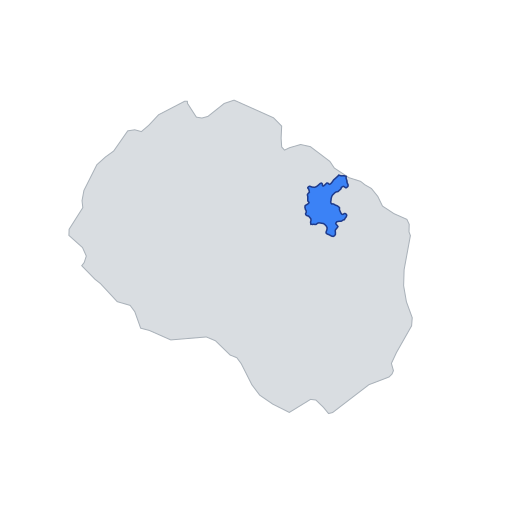 Kumanovo highlighted on a map of North Macedonia, rotated 49°
{"feature_id": "MKD-2943", "entity_name": "Kumanovo", "entity_type": "Statistical Region", "adm_level": 1, "iso_a3": "MKD", "parent_name": "North Macedonia", "parent_adm1": "", "projection": "equal_earth", "projection_center": [21.78, 42.101], "detail": "fine", "context": "in_parent", "style": "filled", "palette": "blue", "viewbox_px": 512, "rotation_deg": 49, "n_neighbors": 0, "source": "natural_earth", "source_scale": "10m", "svg_char_len": 3076}
<svg xmlns="http://www.w3.org/2000/svg" viewBox="0 0 512 512"><g transform="rotate(49 256 256)"><path d="M233.2,138.2L241.0,139.2L257.8,134.5L268.3,128.1L273.7,127.1L280.8,124.6L291.0,125.0L301.3,127.8L314.5,124.1L327.4,118.1L332.6,119.6L338.2,124.7L341.9,126.1L363.5,153.2L375.3,164.1L389.2,172.5L405.1,178.6L410.8,184.4L421.0,213.3L425.9,224.3L432.7,227.5L434.3,230.7L434.6,234.9L427.2,255.2L424.4,300.9L422.5,304.6L414.5,304.4L404.0,305.3L400.0,308.9L395.9,333.5L378.9,340.5L363.5,344.5L350.5,343.6L327.6,337.8L320.2,337.2L313.8,340.5L293.4,342.2L284.5,346.6L263.4,375.4L242.1,385.4L234.8,390.4L218.5,384.0L210.7,383.4L199.4,390.7L174.7,391.5L168.0,392.8L149.0,393.9L148.2,389.9L144.7,384.1L135.8,381.4L117.7,383.7L113.2,379.5L105.9,355.0L100.1,351.0L93.6,342.8L82.7,316.2L82.5,304.6L83.4,294.5L77.4,270.7L81.2,264.7L86.9,260.9L87.0,251.3L85.5,236.8L92.4,208.3L94.2,206.3L95.9,207.6L112.1,209.9L116.4,206.3L119.1,200.7L120.0,179.9L124.0,170.3L163.2,152.1L174.8,151.4L183.6,159.8L190.6,165.1L194.8,165.0L196.3,159.6L201.1,149.2L209.2,143.2L233.0,138.2L233.2,138.2Z" fill="#d9dde1" stroke="#a8b0b8" stroke-width="1"/><path d="M249.2,140.5L251.3,139.2L253.3,136.8L255.1,135.7L256.4,137.0L259.3,138.2L259.5,138.7L260.9,139.3L262.1,139.6L262.9,139.9L263.8,141.0L263.8,142.5L263.6,143.4L262.4,143.8L261.4,144.0L260.7,144.4L260.4,145.3L260.3,146.8L260.7,147.2L261.1,148.1L261.1,149.9L261.2,151.7L260.8,152.5L260.3,153.3L260.1,154.2L260.0,155.3L260.1,156.5L260.2,158.2L260.7,159.7L261.9,161.5L263.4,163.1L264.2,164.2L265.3,164.7L266.4,164.7L267.1,163.7L268.5,163.0L269.8,162.7L270.8,162.0L271.9,161.6L273.5,161.3L274.4,161.3L275.1,162.0L275.7,162.6L277.1,163.1L279.5,163.8L280.7,163.8L281.1,163.7L281.7,163.0L281.8,162.1L282.1,161.1L282.9,160.6L284.1,160.5L285.0,161.0L285.7,162.4L286.0,164.0L286.6,165.5L286.1,166.2L285.7,168.8L284.1,170.8L283.2,172.5L283.4,173.8L283.9,174.6L285.0,174.7L286.2,174.7L287.5,174.8L287.9,175.8L288.1,177.3L288.5,179.1L289.1,179.8L290.1,180.4L291.8,181.9L292.2,183.3L292.2,183.5L291.9,184.9L290.6,185.9L288.1,186.8L286.0,187.9L284.5,188.0L283.7,187.1L282.8,185.4L281.4,183.8L279.5,183.3L277.4,183.4L275.7,183.8L274.7,184.7L272.7,186.3L271.9,187.3L271.6,188.5L271.6,189.9L270.9,190.8L269.8,191.7L269.3,192.7L268.3,193.4L268.1,193.8L267.6,193.5L266.2,192.6L265.1,191.0L263.8,190.2L261.8,190.1L260.2,190.2L259.4,190.9L258.3,191.3L257.4,191.3L256.6,190.9L256.0,189.4L254.7,188.4L253.3,188.2L251.3,187.1L250.5,186.2L250.3,186.0L250.3,185.2L250.5,184.1L250.7,183.1L250.7,181.5L250.3,180.8L249.5,180.8L248.4,180.8L246.8,179.4L245.2,178.0L243.5,177.1L243.1,176.0L243.0,175.7L242.9,173.9L241.8,173.2L240.2,172.4L238.9,172.4L238.3,172.0L238.2,170.7L238.6,169.6L239.4,169.2L240.7,168.5L241.7,167.6L242.7,166.6L243.3,164.7L243.4,163.0L243.4,161.4L243.4,159.8L243.9,158.8L244.6,158.6L245.4,158.8L246.2,159.5L247.0,159.6L247.4,159.3L247.5,158.5L247.5,156.9L247.4,156.1L247.4,154.6L248.3,153.9L249.4,153.8L250.2,153.5L250.4,152.8L250.4,151.3L250.0,149.3L249.5,147.6L249.5,145.2L249.4,141.4L249.2,140.5Z" fill="#3b82f6" stroke="#1e3a8a" stroke-width="1.5"/></g></svg>